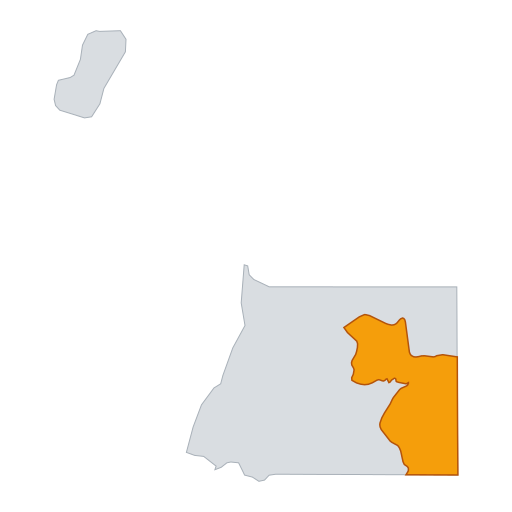 Wele-Nzás highlighted on a map of Equatorial Guinea
{"feature_id": "GNQ-1471", "entity_name": "Wele-Nzás", "entity_type": "Province", "adm_level": 1, "iso_a3": "GNQ", "parent_name": "Equatorial Guinea", "parent_adm1": "", "projection": "natural_earth1", "projection_center": [10.876, 1.497], "detail": "fine", "context": "in_parent", "style": "filled", "palette": "amber", "viewbox_px": 512, "rotation_deg": 0, "n_neighbors": 0, "source": "natural_earth", "source_scale": "10m", "svg_char_len": 2252}
<svg xmlns="http://www.w3.org/2000/svg" viewBox="0 0 512 512"><path d="M456.8,286.9L457.0,324.2L457.1,355.7L457.3,389.8L457.5,425.3L457.6,455.4L457.7,474.9L429.2,474.8L391.4,474.7L353.6,474.5L315.8,474.4L296.8,474.3L275.9,474.2L269.1,475.2L264.5,480.1L258.9,481.3L252.4,477.1L244.6,475.1L242.5,470.7L238.6,462.8L230.8,462.0L226.9,462.8L221.2,467.3L214.9,469.7L216.1,466.1L203.7,456.4L194.7,455.4L186.4,452.4L193.1,427.1L201.5,404.8L214.0,387.9L220.7,383.8L222.9,375.4L232.8,347.9L245.0,325.5L241.2,302.9L244.2,264.8L247.7,265.9L248.3,269.5L249.2,274.8L253.8,279.5L269.1,286.8L314.6,286.8L341.8,286.9L382.0,286.9L424.5,286.9L456.8,286.9ZM96.1,30.7L99.5,31.4L120.4,30.7L126.0,39.3L125.4,51.8L103.9,88.4L99.9,103.8L91.6,116.8L84.5,117.9L59.8,110.2L55.6,105.6L54.1,99.3L56.6,84.7L58.4,80.3L70.2,77.5L74.0,75.2L80.4,59.4L82.5,45.1L87.8,34.3L96.1,30.7Z" fill="#d9dde1" stroke="#a8b0b8" stroke-width="1"/><path d="M457.3,356.9L457.4,390.6L457.6,432.8L457.9,475.0L416.2,474.8L406.0,474.8L406.3,474.3L408.2,471.1L408.4,469.7L408.3,467.9L407.5,466.8L406.5,465.9L405.3,465.2L404.2,464.3L403.0,461.6L400.7,451.0L399.3,447.7L397.7,445.5L391.9,442.4L390.2,441.1L381.2,429.5L380.1,426.9L379.8,424.7L380.0,423.0L381.8,417.9L384.5,412.9L390.2,403.9L392.3,399.4L393.4,397.5L399.6,389.6L401.2,388.3L406.2,386.1L407.5,385.3L408.4,383.5L408.4,382.6L407.1,383.3L406.6,383.7L405.9,383.8L398.8,382.4L396.6,381.7L396.1,381.2L395.9,379.5L395.6,378.7L394.7,378.2L393.7,378.6L392.7,379.4L391.7,379.9L390.0,382.1L388.9,382.6L387.0,378.8L386.1,379.1L385.0,380.3L383.6,381.0L382.2,380.8L379.8,379.9L378.5,379.7L376.9,380.2L372.3,382.8L368.3,384.3L364.6,384.7L360.8,384.2L356.5,382.9L351.9,380.3L351.7,377.7L353.3,374.3L354.1,369.8L353.5,368.0L351.8,365.0L351.5,362.8L352.1,360.5L355.7,354.4L356.6,351.4L357.4,347.6L357.6,343.8L356.8,341.2L347.5,332.6L343.9,327.5L359.4,316.8L364.5,314.6L365.8,314.7L369.6,315.6L385.6,323.4L388.0,324.3L391.6,325.1L393.9,324.8L395.7,324.0L397.1,322.8L399.3,320.1L400.7,318.8L402.6,318.0L403.8,318.5L404.8,319.8L405.4,322.0L409.4,352.1L410.2,354.1L411.3,355.5L413.7,356.8L416.0,357.0L418.7,356.6L421.5,355.9L424.6,355.8L433.4,356.9L435.1,356.6L436.7,355.7L442.7,354.7L457.2,356.9L457.3,356.9Z" fill="#f59e0b" stroke="#b45309" stroke-width="1.5"/></svg>